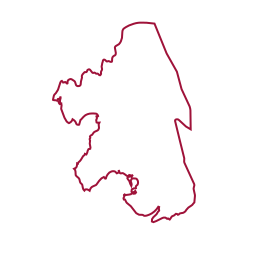 map outline of Norðurland vestra (Robinson projection), rotated 255°
{"feature_id": "ISL-697", "entity_name": "Norðurland vestra", "entity_type": "Region", "adm_level": 1, "iso_a3": "ISL", "parent_name": "Iceland", "parent_adm1": "", "projection": "robinson", "projection_center": [-19.727, 65.454], "detail": "fine", "context": "isolated", "style": "outline", "palette": "rose", "viewbox_px": 256, "rotation_deg": 255, "n_neighbors": 0, "source": "natural_earth", "source_scale": "10m", "svg_char_len": 5378}
<svg xmlns="http://www.w3.org/2000/svg" viewBox="0 0 256 256"><g transform="rotate(255 128 128)"><path d="M31.3,153.7L32.1,153.3L32.7,152.1L31.6,149.8L31.4,148.4L31.3,147.7L30.6,146.7L29.4,145.4L28.8,144.6L29.9,143.5L30.3,143.2L30.1,142.4L30.5,141.9L31.3,141.4L31.8,140.8L32.2,139.4L32.2,138.1L30.8,131.2L30.5,128.2L31.5,126.9L33.7,127.6L35.2,129.3L37.3,133.2L39.4,135.4L39.7,136.0L40.2,136.7L42.6,137.1L43.6,137.6L44.1,136.9L42.3,134.8L40.6,132.0L39.4,129.0L38.8,126.3L38.6,124.1L38.6,122.6L38.9,121.3L39.2,120.7L40.1,119.9L40.4,119.4L41.2,116.8L41.4,116.2L43.6,113.9L51.7,110.5L56.1,107.4L57.4,107.0L58.8,106.8L59.8,106.4L60.0,105.5L61.0,105.4L61.7,105.7L63.0,106.8L63.3,106.8L64.2,106.7L64.4,106.8L64.7,107.6L64.4,107.8L64.1,107.9L63.9,108.1L63.4,111.8L63.3,113.6L63.9,115.0L63.0,116.5L62.9,118.1L63.7,119.1L65.3,118.7L64.6,117.1L64.7,115.6L65.6,114.9L67.3,115.6L67.9,116.2L68.0,116.6L67.9,117.1L68.2,118.2L67.9,118.9L67.8,119.5L67.8,120.0L68.0,120.0L69.3,120.4L69.7,120.6L70.2,121.4L70.5,122.0L70.8,122.6L71.6,123.1L72.4,123.5L73.3,123.7L74.2,123.8L75.1,123.7L75.3,123.6L76.7,123.1L77.3,122.1L77.7,120.7L78.5,118.7L77.7,118.4L76.6,117.1L75.8,116.9L73.4,117.0L72.2,116.8L71.2,116.2L73.6,115.7L75.8,115.6L76.8,115.4L78.7,114.6L79.8,114.4L80.7,115.2L80.4,119.3L81.4,120.6L81.1,119.1L81.8,118.0L82.3,117.0L81.4,115.6L82.2,114.4L84.5,112.6L85.6,111.5L85.9,110.8L86.0,109.3L86.4,108.7L87.0,108.3L88.4,108.3L89.8,108.1L88.2,107.9L87.3,106.8L87.1,105.5L88.1,104.9L89.0,104.5L89.7,103.6L90.2,102.3L90.3,100.8L89.8,98.5L88.4,96.3L86.7,94.6L85.0,93.6L85.0,92.9L86.9,92.0L86.2,89.3L84.4,86.4L81.7,83.1L81.2,82.3L80.7,79.1L80.3,77.6L79.5,76.4L78.5,75.5L77.3,74.7L78.4,73.8L79.4,72.4L79.7,70.9L78.8,69.7L80.2,69.0L81.9,68.9L84.9,69.1L85.6,68.9L86.9,68.1L87.6,67.8L88.5,67.7L91.0,67.8L92.4,67.4L94.9,65.7L96.1,65.3L99.5,66.0L100.3,66.0L101.1,66.1L102.6,65.3L103.0,67.3L103.9,68.4L105.3,69.1L107.0,69.7L106.5,70.4L107.2,70.8L107.8,71.5L108.4,72.8L109.4,74.2L112.3,77.2L112.8,78.0L113.0,78.8L113.4,79.3L114.2,79.7L114.0,80.0L113.6,80.7L113.3,81.0L114.7,82.2L116.5,83.2L117.8,84.4L117.7,86.1L118.9,86.7L122.8,87.0L125.6,88.1L126.5,88.0L127.3,88.1L128.1,88.9L128.6,89.1L129.5,89.0L129.8,89.2L130.3,89.9L130.5,90.5L130.6,91.1L130.8,91.7L132.4,93.6L132.8,94.3L133.1,95.4L133.5,97.9L134.0,98.9L135.5,100.0L139.1,100.6L140.6,101.8L141.0,99.8L141.5,99.1L143.7,99.3L144.0,99.4L145.0,100.2L145.5,100.5L146.3,100.6L148.3,100.5L147.7,100.7L147.2,101.0L146.9,101.5L147.2,102.2L147.8,102.2L149.1,101.8L149.9,101.2L150.5,99.9L151.3,97.3L151.8,94.7L151.8,92.4L151.4,90.2L150.3,87.9L148.3,84.8L148.1,84.2L143.9,81.7L143.9,81.0L144.2,80.2L144.8,79.4L145.7,79.1L147.0,79.0L148.4,78.5L149.7,77.7L150.8,76.7L150.0,76.1L149.3,75.4L148.7,74.5L148.0,72.5L148.0,72.2L148.3,72.0L149.0,71.2L150.3,70.4L154.4,69.3L163.8,68.4L167.1,69.7L168.9,69.9L168.7,68.4L169.3,68.0L169.9,67.8L170.5,67.7L171.2,67.8L171.0,68.2L170.7,69.1L172.1,69.4L174.5,70.7L176.0,70.9L175.1,70.5L174.4,69.9L174.0,69.3L173.6,68.4L174.1,68.4L174.1,67.8L173.7,67.7L173.0,67.3L172.6,67.1L172.6,66.6L173.3,65.9L174.0,63.8L174.5,62.9L174.8,62.9L178.1,64.6L178.7,65.0L179.3,65.6L180.4,67.4L182.9,70.1L183.7,70.7L189.6,74.5L190.5,75.6L190.6,76.3L189.3,76.9L189.0,77.1L188.8,77.3L188.7,77.3L188.7,77.6L188.6,77.9L188.6,78.2L188.7,78.9L188.7,79.1L188.6,79.4L188.4,79.6L188.1,79.8L187.6,80.0L187.2,80.2L186.8,80.5L186.7,80.8L186.8,81.1L187.1,81.2L188.3,81.6L189.1,82.0L189.6,82.5L189.9,83.1L190.1,83.9L190.2,84.7L190.1,85.4L189.8,85.9L189.3,86.5L187.5,88.1L187.0,88.5L186.4,88.7L185.8,88.8L183.3,88.9L182.8,89.0L182.4,89.2L182.0,89.5L181.7,89.9L181.4,90.4L181.3,91.1L181.2,92.0L181.4,92.6L181.8,93.2L182.4,93.6L185.1,94.6L188.6,96.6L190.0,96.8L190.7,97.2L191.4,97.8L192.5,99.4L193.0,100.2L193.2,100.8L193.1,101.1L192.9,101.5L192.8,102.2L193.0,102.7L193.5,103.1L194.0,103.5L194.6,104.0L194.7,104.6L194.8,105.4L194.6,105.9L194.1,106.4L191.1,107.7L190.7,107.9L190.4,108.2L190.2,108.7L190.2,109.8L190.0,110.2L189.7,110.5L188.9,111.1L188.7,111.4L188.6,111.7L188.5,112.4L188.3,112.8L188.0,113.1L187.6,113.4L186.8,113.8L186.5,114.0L186.4,114.3L186.2,114.7L186.4,115.1L186.5,115.3L186.9,115.7L187.1,115.8L187.3,116.0L187.5,116.0L188.5,116.2L189.0,116.4L189.6,116.7L190.9,117.9L191.3,118.1L191.6,118.2L194.0,118.4L194.6,118.6L195.7,119.2L197.3,119.9L198.3,120.6L199.7,121.3L200.1,121.8L200.2,122.2L200.3,122.5L200.1,122.8L200.0,123.1L199.6,123.5L198.0,124.5L197.9,124.7L197.7,124.9L197.7,125.2L197.7,126.0L197.7,126.3L197.6,126.7L197.3,127.1L196.6,128.0L196.3,128.6L196.2,129.4L196.6,129.8L197.3,130.1L198.4,130.4L199.5,130.8L200.4,131.4L201.1,132.4L201.4,133.3L201.6,134.3L202.1,135.0L202.9,135.4L203.9,135.7L208.8,136.1L209.4,136.3L210.0,136.8L210.4,137.7L211.3,140.9L212.3,142.3L213.5,143.5L216.6,145.5L222.5,147.5L223.6,148.0L224.8,149.1L225.3,150.1L226.0,152.2L226.8,155.7L227.2,160.4L227.2,162.8L227.0,164.9L226.7,166.6L225.0,172.8L222.0,180.6L190.0,184.6L169.7,189.8L151.7,189.8L132.9,193.1L130.8,193.1L129.0,192.9L110.5,188.2L114.4,184.4L122.6,179.2L123.3,178.6L123.7,177.7L123.8,177.1L123.8,176.4L123.6,175.9L123.2,175.5L122.6,175.3L101.4,174.8L84.2,174.5L80.8,173.5L79.8,173.5L56.7,177.4L55.6,177.3L52.8,175.8L52.0,175.6L46.1,175.3L45.1,175.1L38.9,172.8L38.3,171.8L37.1,170.2L36.7,169.2L35.5,165.7L33.8,163.1L32.7,161.9L32.2,160.8L31.9,159.8L31.8,159.0L32.0,157.3L32.0,155.8L31.3,154.5L31.3,153.7Z" fill="none" stroke="#9f1239" stroke-width="2"/></g></svg>